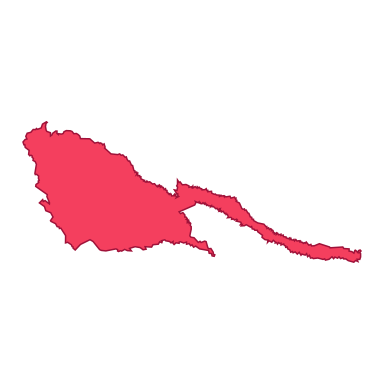 outline of Huatusco, Veracruz, Mexico
{"feature_id": "50627088B83258114022778", "entity_name": "Huatusco", "entity_type": "district", "adm_level": 2, "iso_a3": "MEX", "parent_name": "Mexico", "parent_adm1": "Veracruz", "projection": "albers", "projection_center": [-96.897, 19.146], "detail": "fine", "context": "isolated", "style": "filled", "palette": "rose", "viewbox_px": 384, "rotation_deg": 0, "n_neighbors": 0, "source": "geoboundaries", "source_scale": "gbopen_adm2", "svg_char_len": 6035}
<svg xmlns="http://www.w3.org/2000/svg" viewBox="0 0 384 384"><path d="M39.4,202.9L44.4,206.5L45.8,210.7L50.7,212.7L53.0,217.0L50.5,220.7L51.0,221.4L55.6,223.7L57.1,226.6L59.1,227.0L59.4,228.5L60.9,228.2L65.6,235.6L65.5,242.9L67.7,242.3L71.4,244.8L72.1,246.6L73.1,247.0L73.1,248.2L75.2,250.0L80.5,244.4L90.0,239.7L93.1,241.5L99.6,249.6L101.3,250.4L105.9,250.9L115.9,248.9L117.6,249.6L117.6,251.0L118.6,251.5L120.6,250.7L121.7,251.1L124.7,249.4L127.3,250.6L131.4,250.9L129.5,248.4L135.1,246.7L140.2,247.6L143.1,249.8L146.1,249.2L145.1,246.7L151.6,247.1L153.0,244.7L158.3,244.2L159.7,241.8L161.8,242.7L162.2,241.7L161.5,240.7L164.8,239.8L165.7,240.8L169.6,241.5L171.0,242.9L173.0,241.6L172.9,243.1L174.1,244.5L176.1,242.8L179.1,243.3L179.2,242.1L180.3,241.7L183.7,243.0L186.5,242.1L186.5,244.2L189.2,243.6L190.7,245.7L192.0,244.8L193.6,247.2L195.7,246.1L199.6,248.9L208.6,250.5L209.2,253.3L211.4,253.5L212.1,255.9L214.2,256.3L214.8,254.8L213.4,254.2L213.2,252.2L210.9,248.5L208.9,248.7L207.9,247.9L206.1,241.6L204.7,241.1L201.1,242.5L200.0,241.3L198.3,242.4L194.0,237.7L190.9,237.2L189.8,235.8L191.2,229.2L191.2,226.6L190.2,225.5L190.7,223.4L190.0,222.7L189.2,223.3L189.0,221.6L188.3,222.2L188.4,220.6L187.3,221.9L187.4,219.5L186.3,219.3L187.1,218.4L186.0,217.0L184.8,217.0L184.9,215.0L182.9,212.6L180.5,213.6L179.1,211.8L194.7,205.0L195.9,202.7L195.4,201.5L198.3,202.8L199.1,201.8L199.6,203.0L200.2,202.6L200.7,203.6L202.0,203.8L203.0,202.7L203.9,203.7L204.9,203.0L204.9,204.2L205.9,203.8L206.5,205.4L207.5,204.9L208.4,205.8L210.4,205.8L210.4,206.8L211.7,205.5L212.1,206.8L213.3,206.5L215.9,208.8L217.0,208.3L218.0,209.8L219.3,209.0L219.0,210.5L220.2,209.4L219.8,211.2L221.2,210.9L221.4,212.0L223.2,211.3L224.6,213.5L225.9,213.3L226.0,214.6L227.4,214.4L228.3,216.8L227.6,217.7L230.9,217.4L231.8,218.3L231.6,219.3L233.6,219.0L234.4,220.0L236.7,219.2L237.3,219.9L236.3,221.1L240.8,222.2L241.3,223.4L240.4,224.7L242.2,224.5L241.3,225.9L244.5,225.7L246.2,224.7L250.5,227.1L251.6,226.5L252.2,228.9L254.1,229.2L254.7,230.2L257.3,230.3L257.8,231.8L262.5,235.3L262.0,237.3L264.9,239.6L268.0,240.1L267.6,242.3L269.0,240.8L271.8,242.2L273.3,240.3L275.3,242.0L275.2,243.0L276.6,242.5L277.5,244.1L278.6,242.6L279.8,243.5L281.0,243.2L281.0,245.0L283.7,244.0L284.3,245.5L285.6,245.9L285.7,247.3L287.2,247.0L287.7,248.9L289.7,249.8L290.7,252.2L292.4,251.5L293.1,252.8L295.2,251.9L297.3,254.1L299.2,252.3L301.0,255.2L301.9,254.1L305.2,255.1L306.6,253.7L307.6,256.7L309.4,255.3L310.5,258.1L312.3,257.8L313.3,258.6L317.8,258.0L323.0,259.4L324.7,258.9L325.4,260.1L329.0,259.3L332.0,256.8L333.6,258.7L334.9,257.1L337.6,258.2L339.0,256.8L340.5,258.6L342.9,257.8L343.6,258.9L345.8,258.9L348.2,260.6L353.8,262.2L355.6,260.5L357.9,261.5L357.1,259.3L359.8,259.4L360.6,257.0L360.6,253.6L359.7,252.7L361.0,251.0L360.1,250.0L358.5,250.6L358.0,252.7L355.5,250.2L354.9,250.4L353.9,253.1L351.8,251.6L349.1,251.1L349.1,248.9L343.8,248.5L342.8,247.0L330.0,247.8L329.6,247.0L319.4,243.7L314.3,245.8L311.5,245.9L310.9,244.4L308.9,245.2L306.2,242.0L305.2,243.2L304.4,242.7L303.3,243.4L302.6,242.4L301.2,242.3L300.6,241.0L299.8,241.8L299.3,240.7L297.0,241.0L295.8,239.5L294.5,240.9L293.9,239.4L293.0,240.1L291.4,239.7L290.8,238.2L290.0,239.4L289.4,238.0L288.6,238.7L286.2,237.9L286.1,237.0L283.4,236.6L283.3,235.1L280.9,235.5L281.0,234.2L278.6,234.8L277.6,233.2L276.3,234.4L276.3,232.9L274.4,234.0L274.2,232.7L273.1,232.6L273.4,231.3L272.7,230.3L271.4,230.7L271.6,229.4L270.7,228.7L269.4,229.5L268.6,227.8L267.0,228.5L266.8,226.5L266.0,226.7L263.9,224.2L257.7,222.9L253.5,220.5L253.5,219.3L252.0,219.1L251.7,217.3L250.3,216.9L248.9,213.3L247.8,212.9L246.1,210.0L244.8,210.3L244.4,208.9L243.1,209.3L241.9,208.6L239.4,203.0L236.2,201.4L236.8,200.3L235.6,199.6L236.0,198.2L235.1,198.3L234.5,197.1L230.9,198.1L230.0,196.2L225.9,196.9L224.6,196.0L224.3,196.7L223.9,195.7L221.6,196.0L220.6,194.7L220.9,195.8L219.4,196.5L219.2,195.1L216.4,195.0L215.3,194.0L214.2,194.3L211.7,193.1L211.5,191.3L207.8,191.7L207.8,190.4L206.9,190.5L206.2,188.7L205.1,189.6L202.0,189.9L201.7,188.7L200.4,188.6L199.2,187.2L198.3,187.8L197.3,186.8L197.0,188.1L195.1,186.6L193.1,187.9L192.8,186.1L191.9,187.6L191.3,186.7L189.0,187.3L189.0,185.9L186.0,184.5L182.3,184.8L180.1,181.9L179.2,182.5L177.5,180.0L177.5,184.4L176.7,185.9L177.6,187.1L177.0,190.4L174.4,189.9L176.9,193.9L177.7,193.7L177.9,195.8L178.7,196.5L176.3,197.7L177.1,196.3L175.1,195.9L175.7,194.8L174.8,193.9L173.3,195.8L171.6,195.9L171.2,194.2L169.7,194.5L169.9,193.6L168.5,193.9L167.8,192.5L167.0,192.4L167.0,190.5L165.8,190.2L165.5,188.7L164.2,189.6L163.3,187.5L162.5,187.6L161.7,186.3L160.5,187.2L160.6,186.1L159.5,186.3L160.1,185.7L159.5,185.0L158.8,186.2L158.1,185.4L157.2,186.7L154.5,183.7L152.5,184.0L149.8,181.8L147.9,182.1L146.9,181.0L146.1,182.2L144.8,181.6L144.6,180.5L143.9,180.8L144.1,180.3L140.9,178.8L140.9,176.8L139.9,176.9L139.7,175.6L137.8,175.7L137.7,174.1L136.5,174.8L137.4,173.0L136.7,173.1L136.6,172.1L135.0,172.4L135.0,171.0L133.9,170.5L132.6,165.5L131.4,165.1L129.6,161.0L128.4,161.1L127.1,159.4L126.3,156.9L125.2,157.3L122.8,154.9L121.2,155.3L119.7,153.9L117.7,154.6L111.0,153.9L104.6,148.1L105.1,147.1L104.1,143.9L102.7,144.9L101.8,143.5L100.2,142.9L99.7,143.5L98.1,142.3L94.7,143.1L89.8,138.8L80.4,138.6L79.8,136.1L78.1,134.5L76.4,133.5L73.8,133.7L72.1,131.5L70.4,130.8L66.3,130.6L64.0,131.7L63.2,133.5L61.6,134.1L58.3,133.7L58.3,134.5L56.9,133.5L57.0,131.1L55.8,131.0L52.5,133.4L52.1,134.8L50.5,136.0L50.4,132.7L46.8,131.4L46.1,130.1L45.5,126.6L46.0,123.5L47.2,122.4L46.4,121.8L42.5,124.1L41.2,127.9L37.6,129.3L36.4,128.5L35.7,129.6L33.2,129.5L30.8,132.3L27.2,133.2L25.8,136.3L26.9,139.0L25.1,139.5L23.0,142.0L23.9,144.8L24.8,144.7L25.2,147.4L29.1,150.4L28.6,154.4L29.8,155.8L31.0,155.2L32.2,156.0L32.1,157.3L33.4,158.5L33.0,160.4L35.2,161.6L36.4,164.3L34.9,173.4L35.3,174.6L36.7,174.4L38.6,176.0L38.4,178.3L39.2,180.4L38.2,181.1L38.7,182.5L36.0,184.5L35.7,186.4L47.3,194.6L46.9,196.6L49.5,202.8L49.4,203.9L45.1,200.6L43.3,201.5L42.7,199.6L39.4,202.9Z" fill="#f43f5e" stroke="#9f1239" stroke-width="1.5"/></svg>